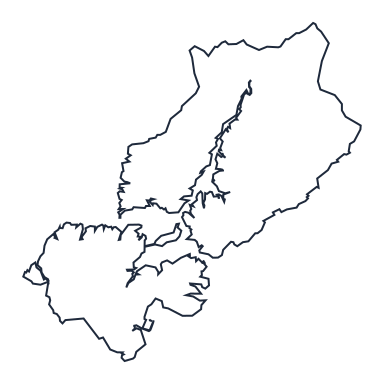 the district of Upper Harbour Local Board Area, New Zealand
{"feature_id": "76426892B55565569034738", "entity_name": "Upper Harbour Local Board Area", "entity_type": "district", "adm_level": 2, "iso_a3": "NZL", "parent_name": "New Zealand", "parent_adm1": "", "projection": "albers", "projection_center": [174.657, -36.763], "detail": "fine", "context": "isolated", "style": "outline", "palette": "slate", "viewbox_px": 384, "rotation_deg": 0, "n_neighbors": 0, "source": "geoboundaries", "source_scale": "gbopen_adm2", "svg_char_len": 6012}
<svg xmlns="http://www.w3.org/2000/svg" viewBox="0 0 384 384"><path d="M129.4,161.6L122.1,163.2L123.5,171.1L121.9,172.2L120.6,177.8L124.4,181.6L127.2,182.1L130.2,183.3L119.7,184.3L119.6,187.6L121.6,187.8L119.8,188.6L122.3,189.3L123.7,191.9L119.7,191.3L117.8,193.0L119.5,198.9L121.7,200.0L119.3,203.0L120.6,206.3L118.7,209.1L123.2,209.0L118.2,212.3L119.6,214.8L119.4,217.8L120.4,217.8L120.5,214.7L124.9,210.6L132.2,209.4L133.6,207.2L144.9,208.0L146.0,206.0L149.8,206.0L146.9,200.3L149.5,200.5L150.9,198.5L153.8,199.2L150.9,200.1L150.0,201.9L152.7,205.0L153.1,203.3L156.5,203.7L160.3,208.3L161.8,207.8L164.0,209.5L165.5,208.3L166.8,211.8L169.1,213.0L178.4,212.3L184.5,203.3L188.7,200.5L180.7,199.1L184.0,196.4L191.6,195.7L192.8,190.4L189.6,188.5L195.0,185.2L196.0,179.6L201.7,174.9L203.6,171.6L200.3,172.8L200.8,171.4L206.3,166.4L209.9,165.1L211.9,154.3L209.4,152.8L216.7,145.8L216.0,142.4L218.0,138.9L215.7,137.9L221.7,132.3L223.1,124.1L236.4,114.9L238.0,106.1L241.6,98.9L241.4,96.5L246.4,90.0L248.3,94.1L250.4,93.4L250.5,88.7L249.1,87.0L248.9,82.5L250.3,80.7L250.6,81.0L249.4,82.4L249.3,86.2L251.2,89.0L251.3,93.1L249.7,94.9L246.1,93.0L244.1,94.4L240.6,104.8L240.7,107.4L239.2,109.1L241.1,111.0L236.1,117.9L237.3,119.6L234.9,119.6L229.5,123.6L230.1,128.1L228.0,126.9L226.9,128.9L228.4,132.3L225.7,129.3L219.9,138.3L222.7,141.5L220.2,148.1L221.1,150.1L219.0,149.7L218.7,151.2L221.6,154.3L223.4,153.5L222.2,154.6L225.5,157.7L222.9,156.1L221.2,157.0L217.3,153.7L215.5,159.3L217.3,163.2L215.9,168.8L220.6,169.2L222.2,169.6L222.6,170.0L223.0,170.4L223.0,170.5L219.4,170.9L213.3,174.4L212.9,178.8L214.7,181.0L212.5,180.1L212.2,181.7L216.9,186.3L218.9,191.1L225.3,193.3L230.2,192.0L223.3,194.6L223.3,198.7L224.8,199.4L224.2,201.9L221.5,196.0L218.8,194.4L217.1,194.7L218.5,196.1L219.0,197.8L218.8,198.7L218.3,196.2L213.7,196.6L211.9,192.1L210.0,191.7L207.0,193.9L205.2,193.1L205.0,199.5L203.3,203.0L204.4,205.4L204.0,208.3L202.7,203.2L202.3,193.4L200.7,191.4L197.7,194.1L196.4,197.2L197.0,200.1L191.9,204.2L193.3,206.3L189.9,205.0L191.3,209.0L190.2,210.7L190.8,213.6L194.4,218.0L188.4,212.7L185.1,211.9L183.1,213.0L183.4,215.3L182.0,217.1L186.4,226.0L189.7,226.5L189.5,228.2L191.4,229.5L190.5,230.7L191.7,234.5L186.8,239.1L194.7,239.9L196.8,241.7L198.7,247.1L201.7,245.3L202.7,246.2L199.3,250.4L199.8,252.5L208.5,254.3L212.8,257.7L218.0,257.6L221.9,255.1L223.2,249.8L231.0,241.8L233.4,242.2L234.3,244.4L237.3,246.2L242.9,242.2L248.4,241.3L255.2,233.3L257.6,233.2L261.6,230.0L264.9,222.4L263.4,220.9L274.4,214.9L272.9,212.4L279.4,209.2L281.4,212.1L286.9,209.4L296.6,207.6L298.8,204.1L305.4,201.1L308.0,198.4L306.8,197.1L308.5,195.8L307.0,194.3L316.7,186.9L318.6,187.8L317.2,178.5L327.9,170.1L331.6,163.6L338.2,161.7L336.9,159.9L344.1,154.1L346.5,154.6L349.9,152.7L348.7,151.3L349.9,143.9L354.1,141.4L360.4,129.5L360.7,125.5L345.6,116.7L341.9,110.4L341.9,104.0L334.8,95.1L320.4,89.5L317.9,81.3L321.9,61.0L328.8,43.2L321.1,31.6L317.3,28.4L315.5,24.2L313.1,23.0L306.2,29.5L299.2,33.1L296.3,33.1L288.5,39.2L285.7,39.2L280.5,46.5L278.3,47.3L267.1,46.7L259.0,50.0L246.7,44.5L243.4,40.2L236.4,44.0L228.4,44.3L225.3,41.3L221.8,42.7L217.5,47.1L215.0,46.7L208.4,56.0L204.0,51.0L194.7,46.2L189.6,50.5L192.1,57.6L194.4,73.3L199.1,86.7L195.8,93.3L181.9,106.1L181.2,110.2L170.6,118.9L165.8,131.9L160.2,134.9L157.3,134.9L155.7,137.6L149.2,138.9L148.5,141.2L143.4,143.2L132.1,144.4L128.4,146.9L127.9,153.7L130.7,155.3L125.8,158.7L129.4,161.6ZM124.6,361.0L133.0,358.6L134.7,357.1L136.3,351.8L145.5,344.3L140.8,330.0L136.6,328.3L132.3,330.9L134.8,328.6L134.7,326.1L133.4,325.9L136.4,325.3L141.8,328.4L148.9,331.1L150.3,330.1L151.1,328.3L153.1,322.8L153.7,320.4L149.6,330.4L142.4,328.3L146.1,319.8L144.5,319.0L144.5,316.9L147.9,306.6L151.4,304.3L155.6,298.5L161.8,301.1L163.2,307.4L168.2,308.4L182.5,315.8L192.3,315.7L201.1,309.2L201.4,305.1L205.6,300.3L199.8,300.6L193.2,296.5L186.2,295.2L190.6,293.6L201.1,293.7L195.4,286.5L190.5,284.8L190.1,283.5L201.3,284.4L202.2,287.1L205.3,288.6L209.0,285.4L208.5,278.8L200.3,276.7L201.9,275.1L201.5,271.4L203.1,271.1L206.6,266.7L204.0,263.6L205.4,262.7L203.1,262.9L204.1,260.6L202.1,262.5L198.5,258.8L196.1,261.2L195.7,257.2L191.1,258.1L188.3,256.2L189.9,255.7L189.8,254.0L180.9,257.8L172.5,263.6L167.1,260.4L162.0,262.4L160.8,264.3L162.1,270.2L158.2,274.3L158.3,272.0L155.5,267.4L145.7,265.3L136.9,271.3L136.2,273.0L138.6,274.4L135.5,274.6L133.8,279.3L128.4,283.0L126.3,287.5L127.7,283.1L132.9,276.2L132.3,273.9L133.8,272.4L131.6,270.7L127.5,270.9L127.0,269.7L134.0,269.5L136.1,268.0L133.8,267.3L133.5,262.5L140.0,257.0L141.5,253.5L144.5,251.9L144.6,246.8L155.1,244.5L162.1,246.1L166.7,242.3L175.9,240.3L179.5,236.4L181.3,230.7L177.6,227.5L178.9,223.7L176.4,224.1L173.6,232.5L161.2,235.8L155.7,241.0L154.4,243.9L144.6,246.2L144.7,240.4L146.1,238.7L145.5,235.9L142.6,234.2L141.7,237.4L138.5,240.3L140.6,236.8L137.7,236.5L138.6,233.7L135.2,230.8L141.3,227.4L141.5,225.6L139.0,224.6L128.3,224.8L120.7,235.0L120.3,239.6L118.8,239.9L121.4,231.9L115.7,227.0L113.6,227.3L112.3,229.2L111.2,226.7L108.3,227.3L105.3,225.3L103.8,229.2L103.3,225.6L102.0,224.6L97.3,226.9L94.9,230.8L94.9,226.6L90.2,226.0L85.5,228.3L85.9,231.3L81.6,237.0L82.6,239.2L80.0,239.6L82.9,229.2L82.4,224.6L80.4,223.7L76.3,227.3L76.8,224.6L71.3,224.8L70.0,223.0L66.5,222.6L63.9,224.4L62.6,228.2L60.0,228.0L59.8,226.6L58.4,229.6L54.6,232.3L57.2,239.0L54.7,237.9L55.4,237.2L53.3,234.1L47.2,239.3L44.5,245.7L43.6,252.9L40.4,256.3L38.0,261.4L37.5,265.1L41.2,268.4L41.6,272.4L44.4,277.0L48.1,279.3L48.3,281.5L45.8,278.4L43.9,279.5L40.5,270.7L36.5,267.4L35.3,262.5L31.3,265.2L29.0,271.5L27.4,270.1L26.3,272.5L25.0,272.0L23.3,276.6L31.4,281.3L32.9,283.6L40.5,284.7L48.4,281.7L46.1,295.6L49.4,297.2L50.2,300.3L49.1,304.4L53.2,310.2L53.7,313.0L56.8,314.0L59.6,317.6L60.0,320.9L62.5,323.4L65.4,320.1L83.6,318.5L99.1,338.8L103.0,337.5L110.2,349.5L117.2,352.3L122.5,352.4L121.7,353.2L123.7,354.4L122.0,355.2L121.6,357.8L124.6,361.0ZM152.0,321.1L150.0,320.2L149.5,319.3L149.9,320.4L152.0,321.1Z" fill="none" stroke="#1e293b" stroke-width="2"/></svg>